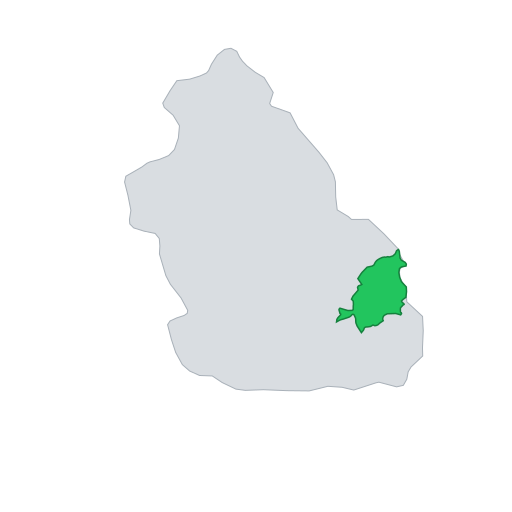 where Chhukha sits in Bhutan, rotated 236°
{"feature_id": "BTN-2433", "entity_name": "Chhukha", "entity_type": "District", "adm_level": 1, "iso_a3": "BTN", "parent_name": "Bhutan", "parent_adm1": "", "projection": "equal_earth", "projection_center": [89.524, 27.004], "detail": "fine", "context": "in_parent", "style": "filled", "palette": "green", "viewbox_px": 512, "rotation_deg": 236, "n_neighbors": 0, "source": "natural_earth", "source_scale": "10m", "svg_char_len": 2910}
<svg xmlns="http://www.w3.org/2000/svg" viewBox="0 0 512 512"><g transform="rotate(236 256 256)"><path d="M393.9,217.4L393.3,220.8L390.1,229.9L388.1,239.8L389.9,248.0L397.2,257.6L406.8,265.4L419.1,266.0L430.4,263.0L434.9,264.2L441.1,277.2L445.6,288.4L439.7,299.9L436.6,310.1L435.4,317.3L436.2,320.4L439.9,326.3L444.2,336.2L444.9,345.4L442.2,351.4L436.4,354.5L430.2,353.6L425.1,353.7L418.7,354.8L408.7,358.1L399.4,362.5L381.9,361.7L374.8,352.6L371.5,352.6L355.6,364.3L338.3,362.3L306.7,366.2L293.5,367.1L280.0,365.8L273.1,363.3L260.4,355.1L248.8,349.1L237.0,354.6L232.9,355.6L223.5,369.7L203.1,374.4L182.7,377.8L176.7,375.9L165.2,375.0L164.8,371.7L165.2,368.5L162.5,366.0L157.9,363.4L149.9,362.3L139.6,358.8L133.7,355.4L112.8,360.3L100.6,352.9L86.8,342.7L79.9,338.3L77.3,322.5L74.9,317.4L69.5,312.1L66.4,305.8L68.9,299.4L82.7,287.3L83.8,284.5L90.2,262.1L99.0,254.0L107.8,242.7L114.4,224.7L127.1,206.3L141.0,187.4L150.6,172.0L156.9,164.9L170.0,157.2L181.0,152.7L188.5,142.4L197.7,136.7L207.1,134.2L221.0,135.5L234.1,139.2L248.5,144.3L250.2,148.4L249.0,155.7L246.9,163.1L246.9,166.9L249.1,169.0L263.2,170.4L280.4,169.2L290.1,170.3L311.7,177.1L318.0,181.9L324.6,185.6L331.1,185.0L339.2,177.1L347.7,170.3L353.1,169.3L356.9,171.4L363.8,177.8L378.0,183.8L390.8,188.4L394.9,192.7L393.6,211.2L393.9,217.4Z" fill="#d9dde1" stroke="#a8b0b8" stroke-width="1"/><path d="M181.7,377.8L179.9,377.5L173.8,374.3L171.3,374.1L167.3,376.1L165.2,376.1L163.8,374.8L165.6,370.6L165.4,368.0L162.5,365.2L158.0,363.2L153.4,362.2L146.3,363.3L142.2,360.8L137.9,357.1L137.8,353.8L137.4,351.5L136.9,351.3L136.0,351.3L133.6,351.9L133.1,351.8L133.0,351.4L133.1,350.8L133.1,350.2L132.8,349.3L132.3,346.9L131.4,346.1L129.1,344.6L128.4,344.4L128.0,344.5L127.7,344.7L127.1,344.6L126.8,344.3L126.3,343.0L130.2,339.7L134.7,332.5L135.1,329.2L134.9,328.4L134.4,327.3L133.8,326.6L133.2,326.0L132.6,325.6L131.2,325.3L131.2,321.4L130.8,318.5L131.2,316.7L131.8,315.5L133.4,314.4L133.5,311.6L134.8,308.9L135.8,307.2L135.9,306.2L135.7,305.4L134.9,304.4L134.4,303.6L133.5,300.5L141.4,300.7L144.6,301.4L146.1,302.2L148.0,303.4L148.9,303.8L152.4,304.4L153.5,303.8L153.6,303.4L153.7,302.8L153.6,302.4L153.4,301.9L153.3,301.3L153.2,300.2L153.3,298.9L154.9,293.1L155.6,291.1L156.0,289.6L156.3,285.9L158.2,287.6L159.0,289.3L159.4,290.9L159.8,293.0L160.2,293.6L160.6,293.8L161.4,293.5L165.0,294.7L165.5,295.2L165.8,296.4L159.4,301.7L157.1,305.4L157.2,306.6L160.1,308.6L161.4,309.7L164.2,311.4L166.8,311.0L168.5,314.0L170.6,321.6L173.3,322.7L173.9,324.2L173.8,325.1L173.5,325.8L173.2,327.8L180.3,327.8L182.6,333.2L183.2,335.2L184.6,341.9L182.7,346.6L182.6,348.6L182.9,349.2L184.1,351.4L184.7,353.4L184.8,354.9L184.7,356.9L184.4,358.8L184.2,359.9L183.4,361.7L183.2,362.1L182.5,362.8L181.7,365.0L180.7,365.8L179.5,369.5L180.0,372.7L180.9,374.2L181.6,375.1L181.8,375.6L181.8,377.2L181.7,377.8L181.7,377.8Z" fill="#22c55e" stroke="#15803d" stroke-width="1.5"/></g></svg>